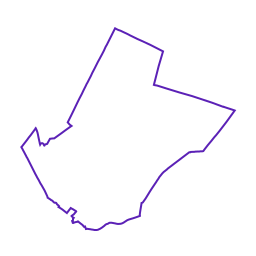 outline of Robanesti, Dolj, Romania, rotated 177°
{"feature_id": "2599482B88574316896273", "entity_name": "Robanesti", "entity_type": "district", "adm_level": 2, "iso_a3": "ROU", "parent_name": "Romania", "parent_adm1": "Dolj", "projection": "mercator", "projection_center": [24.033, 44.301], "detail": "fine", "context": "isolated", "style": "outline", "palette": "violet", "viewbox_px": 256, "rotation_deg": 177, "n_neighbors": 0, "source": "geoboundaries", "source_scale": "gbopen_adm2", "svg_char_len": 4615}
<svg xmlns="http://www.w3.org/2000/svg" viewBox="0 0 256 256"><g transform="rotate(177 128 128)"><path d="M135.7,228.2L144.8,212.2L146.0,210.4L147.1,208.3L147.9,206.7L150.3,202.6L151.9,200.0L152.6,198.8L153.3,197.7L154.6,195.6L158.3,189.1L160.8,184.9L162.3,182.0L164.0,179.1L166.2,175.3L166.9,174.3L167.6,173.0L168.3,171.7L169.4,169.8L170.7,167.5L172.3,164.5L174.8,160.3L176.9,156.6L181.0,149.1L183.6,144.4L187.9,136.8L186.7,135.3L186.1,134.5L184.3,133.0L185.3,132.4L186.4,131.7L187.2,131.2L191.1,128.7L194.1,126.7L202.2,121.5L204.2,121.5L206.5,121.3L207.8,119.2L208.7,117.8L209.5,116.4L210.3,116.2L210.7,116.1L210.9,116.0L211.4,116.0L211.7,115.8L212.2,115.2L212.4,114.8L212.5,114.8L212.7,115.0L212.8,115.5L213.0,115.8L213.1,116.1L213.3,116.5L213.5,116.7L213.8,117.0L214.0,117.1L214.3,117.3L214.7,117.3L215.0,117.3L215.5,117.2L215.9,116.9L216.4,116.3L216.6,116.0L216.9,117.2L217.0,118.1L217.2,119.2L217.6,121.6L218.0,124.2L218.3,126.3L218.7,128.5L219.0,129.4L219.2,130.2L219.6,131.3L219.9,132.1L220.2,132.7L220.3,132.6L220.4,132.4L220.5,132.1L221.0,131.5L222.0,130.3L225.6,125.9L226.5,124.9L227.6,123.7L229.1,121.8L230.2,120.5L231.5,119.0L233.5,116.7L234.1,116.0L234.6,115.4L235.1,114.9L235.5,114.5L235.4,114.2L234.6,112.8L234.1,111.6L232.8,108.9L232.0,107.1L231.3,105.7L230.9,104.6L230.2,103.4L222.8,86.6L222.1,85.2L221.5,83.8L221.2,83.2L220.6,82.0L220.1,81.1L219.6,80.0L219.1,78.9L218.2,76.9L217.9,76.5L217.1,75.0L216.0,72.8L215.4,71.6L214.7,70.2L214.3,69.3L212.2,64.1L211.9,62.8L211.9,62.6L211.0,62.0L210.1,61.3L209.2,60.7L208.8,60.2L208.0,59.8L207.1,59.1L206.5,58.3L206.1,57.9L205.7,57.5L205.5,57.4L205.4,57.3L205.1,57.2L204.8,57.2L204.3,57.2L203.9,57.1L203.6,56.9L203.4,56.6L203.2,56.2L203.0,55.7L202.5,55.1L201.7,54.5L201.2,53.8L200.9,53.5L201.1,53.2L201.5,52.7L199.3,51.2L198.8,50.8L197.6,49.9L196.5,48.9L193.5,46.3L193.3,46.6L192.7,47.2L191.2,49.0L190.4,49.9L189.9,50.4L189.4,51.1L188.9,50.8L187.9,50.1L187.1,49.7L186.6,49.3L186.3,49.1L185.9,48.8L185.3,48.4L184.7,48.0L184.2,47.6L184.1,47.4L184.4,47.0L184.9,46.5L185.5,45.9L186.1,45.2L186.4,44.9L186.6,44.7L186.8,44.5L187.0,44.4L187.5,44.1L188.0,43.8L188.5,43.4L188.9,43.2L189.0,43.1L188.9,42.8L188.6,42.5L188.3,42.3L187.9,41.9L187.3,41.4L186.9,41.1L187.1,40.9L187.3,40.8L187.5,40.7L187.7,40.4L187.7,40.1L187.7,39.5L187.9,38.6L187.9,38.3L188.0,38.3L188.3,38.1L188.6,38.1L188.6,37.7L188.4,37.3L188.2,36.5L188.1,36.1L187.8,36.0L187.4,36.1L186.9,36.3L186.1,36.6L185.4,36.7L184.5,36.9L183.6,37.0L183.4,37.1L183.2,37.0L182.9,37.2L182.8,37.3L181.8,36.4L180.7,35.4L178.8,33.8L178.6,33.6L178.3,33.3L178.0,33.0L177.6,32.2L177.1,31.8L176.9,31.5L176.6,31.6L176.1,31.9L175.9,31.5L175.8,31.0L175.5,30.1L175.3,29.3L174.9,29.3L174.2,29.5L174.0,29.4L173.6,29.4L172.2,29.1L171.0,28.9L170.7,28.8L169.9,28.6L168.3,28.3L166.8,27.9L164.4,27.8L163.2,28.0L162.3,28.4L161.0,28.9L158.9,30.1L158.2,30.6L157.3,31.2L156.7,31.6L156.5,31.8L155.8,32.4L155.0,32.9L154.6,33.1L154.3,33.2L154.2,33.2L153.6,33.3L153.0,33.5L151.6,34.3L151.1,34.3L150.8,34.3L150.5,34.3L150.0,34.3L149.7,34.3L149.2,34.2L148.8,34.1L148.3,34.0L146.7,33.6L145.8,33.4L144.9,33.1L143.6,32.8L142.9,32.7L142.3,32.7L141.7,32.7L140.9,32.7L140.2,32.8L139.5,32.9L138.9,33.1L138.1,33.4L137.5,33.7L136.9,34.0L136.1,34.5L134.7,35.3L133.7,35.9L133.2,36.1L132.1,36.5L130.5,36.9L129.3,37.2L128.0,37.5L126.9,37.8L125.4,38.2L123.7,38.7L121.7,39.3L120.7,39.6L120.7,39.8L120.7,40.0L120.8,40.3L120.8,40.5L120.5,42.5L119.9,45.4L118.9,49.9L118.7,50.8L118.5,51.9L118.4,52.4L117.9,52.5L117.1,52.9L114.1,56.7L111.4,60.6L109.7,63.1L107.7,65.9L103.8,71.1L102.8,72.4L101.7,74.0L100.2,75.9L99.4,77.2L98.5,78.2L97.6,79.2L96.1,80.9L95.1,81.8L94.6,82.3L94.1,82.6L93.5,83.0L92.7,83.6L91.5,84.4L90.4,85.4L83.8,89.9L68.6,100.2L68.2,100.5L67.6,100.6L67.3,100.5L66.9,100.5L66.6,100.8L66.0,100.8L65.3,100.8L64.1,100.8L63.4,100.7L62.5,100.8L61.5,100.9L58.8,100.8L57.7,100.8L57.1,100.9L56.7,100.9L56.1,100.9L55.2,100.8L54.0,101.0L53.9,101.1L52.9,102.4L49.2,106.7L45.2,111.0L43.1,113.4L42.0,114.6L40.4,116.2L37.0,120.0L29.3,129.0L20.5,139.9L20.7,140.0L21.1,140.1L21.4,140.3L21.8,140.4L23.7,141.2L24.0,141.3L24.3,141.4L24.6,141.5L25.2,141.8L25.7,141.9L26.1,142.1L26.4,142.2L29.5,143.4L30.8,143.9L30.9,144.0L31.6,144.3L31.8,144.3L31.9,144.2L42.8,148.9L62.3,156.5L75.1,160.9L87.7,165.5L92.2,167.2L96.8,168.9L99.1,169.4L99.9,169.7L99.1,172.3L98.2,175.1L96.7,179.9L94.1,188.3L90.1,199.6L89.0,202.7L101.1,209.7L109.4,214.1L114.3,216.6L115.5,217.3L116.8,218.0L118.4,218.9L121.3,220.5L122.4,221.2L123.8,222.0L124.9,222.6L126.8,223.6L128.1,224.3L129.9,225.3L131.0,225.8L132.3,226.3L133.3,226.8L135.7,228.2Z" fill="none" stroke="#5b21b6" stroke-width="2"/></g></svg>